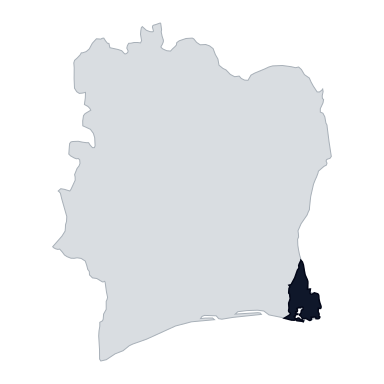 Ivory Coast, with Sud-Comoé highlighted
{"feature_id": "CIV-3462", "entity_name": "Sud-Comoé", "entity_type": "Region", "adm_level": 1, "iso_a3": "CIV", "parent_name": "Ivory Coast", "parent_adm1": "", "projection": "natural_earth1", "projection_center": [-3.177, 5.67], "detail": "fine", "context": "in_parent", "style": "filled", "palette": "ink", "viewbox_px": 384, "rotation_deg": 0, "n_neighbors": 0, "source": "natural_earth", "source_scale": "10m", "svg_char_len": 5869}
<svg xmlns="http://www.w3.org/2000/svg" viewBox="0 0 384 384"><path d="M81.3,52.8L82.6,52.8L86.2,51.6L89.3,48.9L92.3,43.3L96.4,38.8L100.9,39.1L102.2,38.3L103.8,38.1L105.7,41.1L107.6,43.4L108.9,43.4L109.9,47.7L118.1,49.5L121.7,50.7L124.6,53.8L125.7,53.9L126.9,53.2L127.9,52.1L128.1,50.9L126.8,48.1L127.4,45.6L128.7,43.3L130.9,43.2L134.1,42.5L137.7,42.5L140.5,42.9L141.6,40.7L140.5,34.3L140.8,30.8L141.3,27.8L142.3,26.6L146.4,30.3L150.1,31.7L152.8,31.8L153.5,31.1L152.4,27.0L152.7,25.8L153.7,25.1L155.4,24.7L160.2,23.0L160.7,23.4L161.6,29.8L161.2,31.8L162.1,36.2L163.4,40.2L163.3,41.9L162.3,44.4L161.0,46.6L161.2,47.6L163.1,49.1L166.7,50.7L170.5,51.1L172.6,48.8L174.7,46.9L176.3,45.2L176.8,42.6L179.2,40.8L186.0,38.5L192.3,38.1L193.8,38.9L196.6,42.4L200.2,44.8L205.7,44.5L209.6,45.9L213.1,48.6L215.4,54.7L217.9,59.0L219.0,65.2L222.9,68.4L226.0,69.9L230.3,74.4L234.6,76.7L239.2,76.1L241.3,78.5L244.6,80.1L248.0,80.3L251.0,75.1L254.9,73.0L264.8,68.9L268.8,67.0L272.7,65.9L282.3,65.5L291.2,66.7L295.6,67.7L298.6,67.0L301.4,69.5L304.4,74.6L306.8,76.3L309.3,78.0L311.1,82.1L313.3,86.1L314.5,87.9L317.1,91.9L319.4,92.0L321.7,90.3L322.7,89.0L323.1,91.6L322.2,95.9L322.4,98.5L323.6,99.5L323.0,102.9L320.3,108.7L320.3,112.1L322.9,113.2L324.8,116.8L325.9,123.0L327.0,125.1L327.1,126.4L329.0,141.4L331.3,156.5L329.9,158.4L327.8,159.0L326.5,159.7L326.1,161.1L327.0,163.2L326.4,165.1L323.9,166.4L318.4,171.2L318.0,173.1L316.5,177.1L315.3,179.6L313.5,184.2L310.7,196.5L309.6,206.6L309.4,209.7L308.3,211.9L307.1,215.0L301.1,223.7L298.0,230.8L298.4,233.9L298.6,237.0L297.6,239.2L297.8,245.2L298.6,250.2L299.6,255.1L304.0,269.0L306.2,277.5L307.6,284.3L308.9,288.9L310.0,290.7L310.5,292.5L317.0,293.8L318.2,294.8L320.0,303.7L319.7,307.7L318.4,309.2L318.5,312.6L318.2,316.8L317.2,318.5L313.6,318.7L311.2,320.3L307.9,319.6L307.6,318.6L305.9,318.2L301.1,315.8L301.9,308.1L299.7,307.8L297.9,308.8L294.5,318.1L292.9,319.7L269.0,314.9L263.8,311.0L257.6,310.2L246.7,310.6L237.8,311.7L235.2,314.1L257.8,312.7L260.2,313.0L261.4,314.4L232.8,317.4L221.9,319.2L218.7,318.7L216.2,315.8L204.4,315.4L202.0,316.4L200.5,318.6L205.2,318.1L212.5,318.0L214.5,319.7L191.5,321.8L175.5,326.0L168.7,329.1L146.5,339.2L132.9,344.0L129.3,345.7L123.1,350.7L115.2,353.8L106.3,359.7L100.8,361.0L99.6,359.1L99.5,349.2L98.7,336.0L99.0,331.0L99.8,326.2L99.8,322.3L102.5,320.8L103.2,319.2L103.6,314.1L106.2,309.4L106.2,301.3L107.0,299.6L107.6,297.4L106.5,292.1L105.1,282.0L104.4,281.3L103.8,281.8L102.4,281.9L96.8,278.5L92.5,277.9L89.5,274.9L89.3,271.5L87.8,269.5L86.8,265.6L85.3,261.1L81.1,258.4L77.1,257.8L74.2,258.3L70.9,258.2L67.1,256.7L64.5,255.0L62.0,251.7L59.7,249.1L57.8,249.4L55.6,248.8L53.4,247.6L52.7,246.7L61.9,236.2L65.1,231.1L65.4,228.0L65.5,224.8L66.5,221.6L66.8,216.6L61.7,198.7L60.4,193.2L59.0,191.6L58.2,191.0L60.8,188.7L64.3,189.3L69.8,191.0L71.0,189.3L75.2,180.2L75.1,176.9L74.6,174.6L77.1,168.4L79.0,166.0L80.0,163.4L79.7,159.9L78.3,158.5L76.4,158.8L74.1,157.9L70.6,155.9L68.8,154.1L69.4,145.9L69.7,143.4L71.0,141.9L72.9,141.5L78.3,141.3L82.7,142.2L86.5,142.7L88.6,142.7L90.2,145.2L92.4,147.6L94.4,147.6L95.1,145.8L94.7,137.7L93.4,133.4L90.4,129.3L82.8,125.8L82.7,120.9L83.5,115.6L85.1,113.6L90.8,110.2L89.8,108.4L88.0,106.5L84.4,104.5L85.3,98.1L85.5,92.4L82.4,93.1L79.3,93.4L76.7,91.7L74.5,88.2L74.1,78.7L74.2,67.7L73.8,62.9L74.6,60.3L77.3,57.9L80.2,54.8L81.3,52.8ZM304.8,319.8L303.6,321.9L297.5,320.5L299.0,318.8L304.8,319.8Z" fill="#d9dde1" stroke="#a8b0b8" stroke-width="1"/><path d="M300.9,260.3L301.1,260.5L302.4,262.0L303.4,264.9L304.8,273.8L305.4,275.6L307.2,279.4L307.8,281.3L307.9,283.2L307.4,289.3L310.4,289.0L309.9,292.3L310.2,293.6L311.3,294.3L312.2,294.2L313.7,293.2L314.4,292.8L317.7,293.8L318.2,294.3L318.6,295.0L318.8,295.9L318.9,298.7L319.7,302.5L320.9,305.8L321.1,306.8L321.0,307.7L320.6,308.4L320.0,308.5L318.4,308.2L318.1,311.5L318.3,312.2L318.9,313.3L319.1,313.9L319.1,314.3L318.9,315.4L318.9,315.9L319.1,316.1L319.7,316.7L319.9,317.0L319.5,318.0L318.8,318.6L317.8,318.8L316.0,318.7L315.8,317.2L314.3,317.0L312.4,317.2L311.2,317.2L311.6,318.3L311.4,319.3L310.7,320.2L309.8,320.5L309.1,320.2L306.7,318.9L305.9,318.3L305.0,318.6L303.2,318.6L302.4,319.0L302.1,318.0L301.4,316.8L300.5,315.8L299.8,315.4L299.4,315.0L299.9,314.2L300.6,313.4L300.9,313.2L301.1,312.5L301.3,310.9L301.5,310.3L302.2,309.8L302.6,309.7L303.0,309.4L303.1,308.3L303.0,307.5L302.7,307.1L302.1,307.0L301.4,307.0L301.1,307.1L300.9,307.4L300.5,307.7L300.1,307.8L299.7,307.7L299.1,307.4L298.7,307.4L298.3,307.6L297.4,308.3L296.8,308.5L297.3,309.7L297.5,310.8L297.2,311.6L295.9,311.7L296.1,312.1L296.1,312.5L295.9,312.9L295.6,313.2L296.0,313.5L295.9,313.6L296.3,313.8L296.8,313.9L297.3,314.0L297.8,313.9L297.8,314.3L297.3,314.5L296.6,314.5L296.2,314.6L295.8,315.0L295.4,315.4L295.2,315.9L294.9,316.5L294.5,316.1L294.1,316.3L294.2,316.8L294.9,317.2L294.7,317.9L294.9,318.3L295.5,318.6L296.2,318.7L294.5,320.2L291.5,320.1L284.2,318.2L289.2,315.2L290.4,314.0L290.4,313.7L290.3,313.4L290.2,313.2L289.9,312.8L289.1,312.0L288.9,311.8L288.8,311.6L288.7,311.3L288.7,311.1L288.6,310.8L288.6,310.4L289.0,308.1L288.7,304.3L288.7,303.0L288.9,302.5L289.7,300.3L290.1,298.8L290.2,298.3L290.2,297.9L290.1,297.6L290.0,297.4L289.9,297.0L289.7,294.6L289.6,294.2L289.5,293.9L289.4,293.7L289.2,293.6L288.9,293.4L288.8,293.2L288.7,292.6L289.0,288.5L289.1,288.1L289.6,287.4L289.8,287.0L289.8,286.7L289.7,286.3L288.9,285.2L290.8,284.7L291.0,284.6L291.2,284.4L291.3,284.2L294.7,277.9L297.4,270.2L297.9,269.4L298.3,268.9L298.6,268.6L298.7,268.3L298.8,268.0L298.9,267.5L298.9,266.9L298.7,265.8L298.7,265.5L299.1,264.2L300.9,260.4L300.9,260.3ZM303.5,320.9L303.3,321.7L301.3,321.2L296.8,320.7L296.2,320.3L296.3,319.6L297.2,318.7L298.1,317.9L299.3,318.3L299.6,318.5L299.8,318.8L299.8,319.2L300.0,319.4L300.3,319.6L301.3,319.9L301.5,319.9L302.1,320.1L302.8,320.8L303.4,320.9L303.5,320.9Z" fill="#0f172a" stroke="#020617" stroke-width="1.5"/></svg>